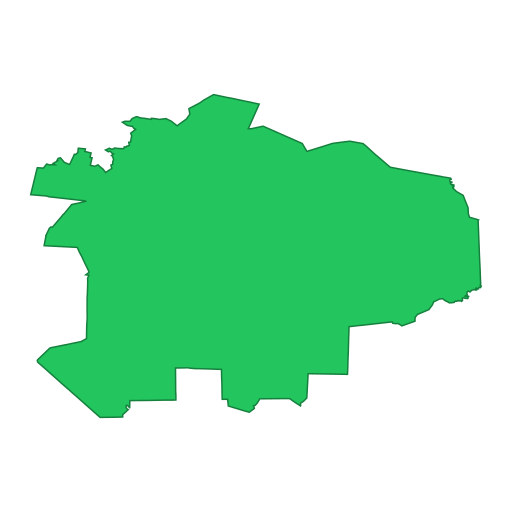 Liepnas pag., Aluksne, Latvia (Natural Earth projection)
{"feature_id": "27541924B54101653992285", "entity_name": "Liepnas pag.", "entity_type": "district", "adm_level": 2, "iso_a3": "LVA", "parent_name": "Latvia", "parent_adm1": "Aluksne", "projection": "natural_earth1", "projection_center": [27.546, 57.349], "detail": "fine", "context": "isolated", "style": "filled", "palette": "green", "viewbox_px": 512, "rotation_deg": 0, "n_neighbors": 0, "source": "geoboundaries", "source_scale": "gbopen_adm2", "svg_char_len": 5626}
<svg xmlns="http://www.w3.org/2000/svg" viewBox="0 0 512 512"><path d="M259.2,104.1L231.8,98.3L226.8,97.4L213.6,94.6L204.3,99.8L199.3,103.2L188.9,108.6L189.8,114.2L186.6,118.7L186.6,118.9L181.3,122.7L177.1,125.8L171.3,121.2L165.9,118.6L159.4,119.4L155.4,118.7L151.4,118.3L151.4,119.1L151.2,119.4L150.8,119.3L143.7,118.2L143.1,118.2L141.9,118.1L140.6,117.8L139.0,117.5L137.9,116.9L136.3,116.7L132.2,118.5L130.0,121.3L124.7,121.3L122.4,122.2L126.7,125.1L127.9,125.6L132.6,126.5L133.7,128.2L135.6,129.3L130.7,133.2L131.7,135.8L130.9,139.6L130.6,142.0L129.3,142.1L128.7,142.3L129.4,145.5L126.5,146.3L126.2,146.9L124.3,146.9L123.6,148.7L118.8,148.5L114.4,148.0L113.7,148.9L111.2,149.1L109.4,148.2L105.5,150.0L108.4,151.8L108.5,151.8L109.8,151.3L111.3,152.2L112.2,153.5L113.5,153.9L111.5,155.6L112.6,156.3L113.6,159.8L112.7,161.7L112.7,164.3L110.9,165.1L111.8,168.5L108.9,170.3L105.6,172.5L103.1,169.2L99.3,166.1L98.0,164.8L95.0,166.3L90.3,165.3L91.3,161.0L92.1,157.8L90.0,157.4L91.1,153.0L84.8,151.4L85.4,148.9L78.3,148.2L77.8,152.6L75.9,154.3L74.3,154.3L73.2,157.0L72.2,159.0L70.7,162.3L69.5,164.5L64.4,162.4L63.6,161.5L60.4,157.8L58.1,158.4L56.9,160.7L57.6,160.9L53.1,163.4L55.1,164.8L50.8,164.7L49.7,165.0L46.7,164.0L43.4,168.1L37.3,167.7L36.5,170.6L33.6,182.7L32.9,185.6L30.7,194.7L46.5,196.0L49.1,196.8L62.8,198.3L80.2,200.3L85.0,200.8L85.6,201.3L82.8,202.0L81.6,202.3L79.6,202.8L78.0,203.2L75.4,203.7L71.5,204.6L70.6,205.9L68.4,208.5L64.8,212.9L63.9,214.0L63.6,214.0L63.0,214.7L61.4,216.7L60.0,218.3L55.4,223.7L52.3,227.3L51.1,226.9L49.4,228.2L46.3,234.7L46.2,235.4L45.9,235.5L46.0,235.7L44.1,245.7L47.9,245.9L77.3,247.4L79.3,252.0L82.1,257.2L82.6,258.4L84.7,262.9L86.5,266.5L89.0,271.8L89.0,272.1L89.0,272.4L85.8,274.8L88.9,275.2L88.9,275.3L87.6,278.2L87.7,282.8L87.5,289.7L87.4,293.1L87.1,298.2L87.1,311.3L87.2,317.8L86.7,326.3L86.5,338.6L81.0,341.6L50.5,347.8L49.7,348.2L37.9,359.5L37.5,360.0L37.3,360.6L37.6,362.0L38.4,362.8L39.7,363.9L42.9,366.7L47.3,370.6L49.7,372.8L56.6,378.9L60.4,382.3L60.9,382.8L68.0,389.0L68.6,389.4L71.5,392.1L76.2,396.2L94.0,412.0L100.1,417.4L116.2,417.2L122.7,417.0L122.7,414.6L124.3,413.3L128.2,409.6L127.5,409.3L126.7,408.4L126.1,407.4L126.1,405.7L126.5,405.3L127.0,405.3L127.7,405.7L128.7,406.7L129.3,407.4L129.7,408.2L129.8,400.6L140.0,400.5L141.1,400.5L150.0,400.4L165.4,400.1L173.0,400.1L175.9,400.0L175.9,396.2L175.8,393.4L175.7,393.4L175.5,368.0L176.0,368.0L184.0,367.9L186.9,367.8L188.2,367.8L189.6,368.1L193.7,368.5L194.2,368.6L200.5,368.7L201.4,368.7L221.5,369.4L221.6,376.5L221.9,383.3L222.0,390.1L222.0,391.8L222.1,395.6L222.2,399.3L227.6,399.3L228.3,406.0L243.8,410.7L248.4,412.0L249.3,412.2L254.3,408.5L254.4,408.2L253.5,405.8L255.1,405.4L255.3,405.3L255.4,405.2L255.8,404.7L256.7,403.7L257.3,403.0L257.4,402.7L257.9,402.0L258.7,400.7L259.1,400.1L259.7,398.8L281.2,398.6L287.7,398.6L289.5,398.6L290.1,398.9L290.5,399.2L290.7,399.3L292.7,400.8L293.8,401.5L295.9,403.0L300.5,405.9L300.7,405.0L300.5,404.3L300.5,403.7L300.9,402.9L302.7,401.9L303.7,401.1L306.8,398.0L307.6,383.1L308.1,373.7L334.7,374.1L345.6,374.3L347.0,374.4L347.5,374.3L347.5,374.2L347.8,366.8L348.0,359.2L348.3,351.8L348.5,344.6L348.7,337.1L349.0,329.2L348.9,328.8L349.1,326.6L352.7,326.3L353.1,326.2L358.3,325.6L362.6,325.2L389.3,322.2L392.1,321.9L392.4,322.8L392.8,323.3L395.9,323.7L397.8,323.5L398.0,323.6L400.7,325.0L401.8,325.9L415.0,321.2L415.0,319.4L415.1,317.7L415.1,317.4L417.3,314.6L417.6,314.4L423.5,311.9L426.8,310.5L428.2,309.9L428.5,309.7L429.0,309.6L429.2,309.2L432.4,304.9L432.8,303.9L433.5,302.2L433.7,301.9L439.4,299.1L442.4,298.7L443.7,299.5L444.7,300.4L448.3,302.2L449.4,302.9L450.1,302.8L451.4,302.8L454.2,302.4L454.7,301.6L455.1,301.2L456.5,301.3L456.9,301.3L457.9,300.5L458.2,300.5L458.5,300.9L460.6,300.8L461.5,301.4L461.8,301.3L462.0,300.7L462.5,300.4L462.6,300.2L462.2,298.7L462.3,298.3L463.3,297.9L464.9,298.2L465.6,298.4L466.8,298.4L467.7,298.6L467.9,298.5L467.8,297.6L468.4,296.9L468.7,296.5L468.7,296.4L468.4,296.2L466.9,296.2L465.9,296.2L465.2,296.3L465.0,296.2L465.2,295.9L465.8,295.6L466.5,295.6L466.9,295.4L467.3,294.8L467.0,294.2L466.9,292.8L467.0,292.2L468.1,291.2L468.5,291.1L469.4,291.8L469.8,291.9L470.3,291.8L471.5,290.4L472.2,290.0L474.4,289.7L475.8,290.1L476.4,290.0L476.9,289.7L476.9,289.1L475.9,288.5L475.7,288.3L476.0,288.0L476.4,288.1L477.5,288.8L478.1,288.9L478.5,288.9L478.8,287.4L479.2,287.3L480.5,287.6L481.3,286.1L480.3,285.5L480.2,285.1L480.6,285.0L480.7,282.8L480.6,282.6L480.1,269.1L479.7,260.8L479.4,254.4L479.2,248.2L478.1,220.0L478.3,219.9L477.0,219.4L469.5,217.3L468.3,213.5L468.1,207.8L466.8,204.6L464.6,199.1L463.2,195.4L456.6,191.6L453.2,188.4L453.4,188.0L453.3,187.8L453.2,187.8L452.7,187.9L452.6,187.7L452.8,187.6L453.3,187.5L453.3,187.4L453.2,187.2L452.9,186.9L453.0,186.8L453.4,186.9L453.5,186.9L453.8,186.7L453.7,186.6L453.4,186.4L453.3,185.7L453.6,185.5L453.9,185.4L454.0,185.1L453.9,185.0L453.7,185.0L453.3,185.0L453.1,185.0L453.0,184.8L453.1,184.7L452.9,184.6L452.7,184.7L452.6,184.8L452.2,184.9L451.8,185.0L451.7,184.9L451.6,184.7L451.7,184.4L450.8,184.2L450.6,183.7L450.5,183.4L450.3,183.2L450.5,182.9L451.0,182.5L451.3,182.4L451.9,182.3L452.0,182.2L451.9,182.0L451.7,181.9L451.2,182.0L450.6,181.8L450.0,181.6L449.8,181.4L449.7,181.1L449.8,180.0L450.0,179.7L450.3,179.6L451.0,179.5L451.2,179.4L450.7,178.2L446.2,177.4L442.1,176.8L441.8,176.6L430.3,174.6L416.1,172.0L404.5,169.9L390.2,167.2L379.6,158.1L374.7,154.0L368.2,148.0L366.2,146.2L363.1,143.6L349.8,141.2L342.3,142.1L332.5,143.4L323.7,146.2L306.9,151.4L302.3,143.5L285.9,136.3L263.1,126.2L251.4,128.7L248.3,128.7L259.2,104.1Z" fill="#22c55e" stroke="#15803d" stroke-width="1.5"/></svg>